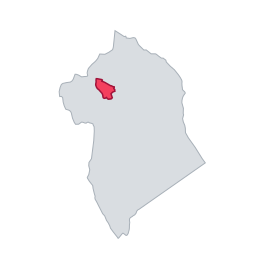 Gulu on a map of Uganda (Natural Earth projection), rotated 325°
{"feature_id": "UGA-3098", "entity_name": "Gulu", "entity_type": "County", "adm_level": 1, "iso_a3": "UGA", "parent_name": "Uganda", "parent_adm1": "", "projection": "natural_earth1", "projection_center": [32.435, 2.878], "detail": "fine", "context": "in_parent", "style": "filled", "palette": "rose", "viewbox_px": 256, "rotation_deg": 325, "n_neighbors": 0, "source": "natural_earth", "source_scale": "10m", "svg_char_len": 2802}
<svg xmlns="http://www.w3.org/2000/svg" viewBox="0 0 256 256"><g transform="rotate(325 128 128)"><path d="M171.3,200.9L168.4,200.9L163.7,200.9L159.0,200.9L154.3,200.9L149.6,200.9L144.8,200.9L140.1,200.9L135.4,200.9L130.7,200.9L126.0,200.9L121.3,200.9L116.6,200.9L111.9,200.9L107.1,200.9L102.4,200.9L97.7,200.9L93.0,200.9L90.2,200.9L89.7,200.8L89.3,200.7L87.5,201.1L85.7,202.4L83.7,203.0L81.6,202.8L81.3,202.9L80.3,202.9L78.8,202.8L77.4,203.1L76.3,204.3L75.3,206.3L73.3,208.6L71.8,210.7L70.5,212.1L67.6,214.5L66.0,215.2L65.2,215.1L64.7,214.7L63.8,211.6L63.2,211.1L57.5,212.7L56.6,212.7L56.7,211.8L56.3,204.6L56.2,200.1L57.0,197.4L57.4,194.2L57.4,191.4L58.5,186.6L58.1,183.7L59.5,173.7L59.8,172.0L60.3,167.2L61.2,165.7L61.9,165.1L62.9,162.1L64.8,157.3L66.1,154.9L65.8,149.5L66.0,145.9L66.3,145.1L69.1,143.7L72.7,140.3L74.2,136.4L76.3,133.8L80.5,132.2L92.8,118.6L98.6,111.2L101.0,107.5L101.1,106.1L101.6,104.4L100.6,103.0L99.4,101.7L99.0,100.6L98.0,100.0L96.5,100.0L95.5,99.2L94.4,97.5L93.3,96.5L89.8,96.6L87.2,94.9L87.2,92.6L88.2,88.1L90.3,82.9L90.4,81.4L90.1,80.2L89.6,79.2L88.7,78.1L87.8,76.9L88.5,73.2L89.8,69.5L90.8,67.7L91.9,65.6L91.6,64.0L90.1,63.1L90.9,61.5L92.5,58.7L95.6,55.9L98.4,54.1L100.2,54.1L103.8,55.6L107.1,57.3L108.9,57.4L111.0,56.7L115.5,53.6L116.6,54.5L117.9,56.4L119.3,59.5L122.1,61.0L123.5,61.9L124.5,62.2L125.0,62.0L126.1,59.5L127.4,58.2L129.7,56.5L135.0,55.2L138.8,54.8L140.4,54.5L143.1,53.7L147.3,51.2L151.4,54.4L155.9,55.0L160.3,55.0L161.6,54.0L162.4,53.3L167.0,48.0L173.2,40.8L177.3,50.9L178.8,51.5L178.6,52.4L178.2,53.2L180.9,55.7L184.2,57.0L185.4,58.2L185.5,59.6L184.4,65.5L184.6,67.2L185.7,73.2L187.7,74.5L189.5,80.5L193.0,83.0L193.5,83.8L194.3,86.7L195.4,89.8L196.3,90.6L196.8,90.8L197.9,94.1L197.2,96.0L198.1,101.8L199.4,106.9L199.8,113.1L199.8,115.8L199.7,117.4L199.4,119.8L198.8,121.1L197.7,122.4L196.4,124.5L195.3,126.7L194.6,127.8L195.2,131.1L195.0,132.0L194.7,132.4L193.1,132.9L191.1,133.8L189.8,134.7L188.0,136.4L186.6,138.2L184.7,143.6L181.6,147.7L181.1,149.1L178.1,151.6L176.8,154.7L176.0,158.4L174.8,161.1L172.4,164.8L171.8,170.7L171.9,182.4L171.2,195.7L171.3,200.9Z" fill="#d9dde1" stroke="#a8b0b8" stroke-width="1"/><path d="M134.5,74.0L134.2,74.4L133.7,74.4L133.4,74.6L135.1,77.2L137.8,83.0L138.2,83.6L138.5,83.8L138.8,84.2L139.1,84.9L139.4,85.6L139.9,85.9L140.3,86.4L139.8,87.1L139.1,87.3L138.9,87.7L139.1,88.2L139.2,88.9L138.9,89.4L138.5,89.8L138.4,90.3L136.0,89.8L133.7,90.2L132.5,94.2L131.4,94.5L130.5,94.4L130.0,93.9L129.1,93.6L128.4,93.1L128.0,92.3L127.9,91.7L127.8,91.0L127.9,90.7L126.3,90.5L125.5,90.0L125.1,89.1L125.3,88.2L125.8,87.4L126.2,86.5L126.5,85.4L126.6,84.7L126.0,79.6L125.5,78.3L125.6,76.5L126.1,74.6L126.6,73.7L128.3,72.0L129.3,70.4L130.3,69.4L131.1,70.0L134.3,73.3L134.5,74.0Z" fill="#f43f5e" stroke="#9f1239" stroke-width="1.5"/></g></svg>